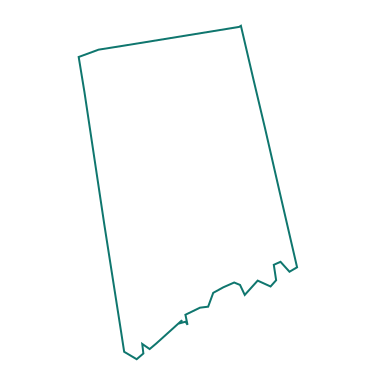 outline of Simpson, Mississippi, United States of America, rotated 261°
{"feature_id": "52423323B36475668892924", "entity_name": "Simpson", "entity_type": "district", "adm_level": 2, "iso_a3": "USA", "parent_name": "United States of America", "parent_adm1": "Mississippi", "projection": "orthographic", "projection_center": [-90.059, 31.901], "detail": "fine", "context": "isolated", "style": "outline", "palette": "teal", "viewbox_px": 384, "rotation_deg": 261, "n_neighbors": 0, "source": "geoboundaries", "source_scale": "gbopen_adm2", "svg_char_len": 587}
<svg xmlns="http://www.w3.org/2000/svg" viewBox="0 0 384 384"><g transform="rotate(261 192 192)"><path d="M101.2,284.0L179.2,278.5L243.5,274.1L294.8,270.2L348.5,266.3L347.7,264.4L347.2,146.1L347.2,122.0L343.1,101.2L307.4,101.4L173.6,100.3L64.4,100.1L44.8,100.0L35.5,111.2L40.1,118.7L49.7,119.1L43.5,125.6L47.9,132.9L66.9,162.1L64.3,159.9L64.9,165.4L61.5,166.8L71.8,166.3L76.5,181.8L76.2,190.0L89.1,197.2L93.0,208.1L96.0,219.5L92.7,224.9L82.1,228.0L94.2,243.0L86.4,254.8L91.7,261.3L107.3,261.4L109.2,268.5L98.0,275.8L101.2,284.0Z" fill="none" stroke="#0f766e" stroke-width="2"/></g></svg>